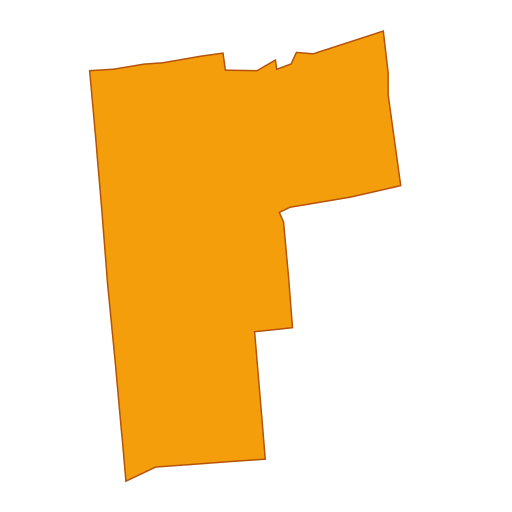 Broome, New York, United States of America (Robinson projection), rotated 85°
{"feature_id": "52423323B9880923188438", "entity_name": "Broome", "entity_type": "district", "adm_level": 2, "iso_a3": "USA", "parent_name": "United States of America", "parent_adm1": "New York", "projection": "robinson", "projection_center": [-75.837, 42.207], "detail": "fine", "context": "isolated", "style": "filled", "palette": "amber", "viewbox_px": 512, "rotation_deg": 85, "n_neighbors": 0, "source": "geoboundaries", "source_scale": "gbopen_adm2", "svg_char_len": 681}
<svg xmlns="http://www.w3.org/2000/svg" viewBox="0 0 512 512"><g transform="rotate(85 256 256)"><path d="M43.0,109.6L59.6,181.5L56.7,198.0L67.7,204.2L71.8,219.1L62.5,219.6L71.5,238.9L68.2,270.3L51.0,271.2L52.2,294.4L55.4,331.9L55.1,351.0L57.5,382.0L56.9,405.6L83.7,405.5L128.8,405.4L130.4,405.4L143.2,405.5L194.6,405.6L251.6,406.1L269.9,406.3L347.1,405.5L380.6,405.4L421.3,405.3L421.6,405.3L425.1,405.2L449.1,405.2L451.6,405.2L469.0,405.2L457.5,374.5L458.6,296.5L459.2,264.5L421.1,264.3L331.3,264.0L330.6,225.9L281.4,225.4L224.6,225.6L214.6,229.0L210.4,217.9L205.5,156.3L198.5,105.7L106.7,110.3L85.4,108.4L43.0,109.6Z" fill="#f59e0b" stroke="#b45309" stroke-width="1.5"/></g></svg>